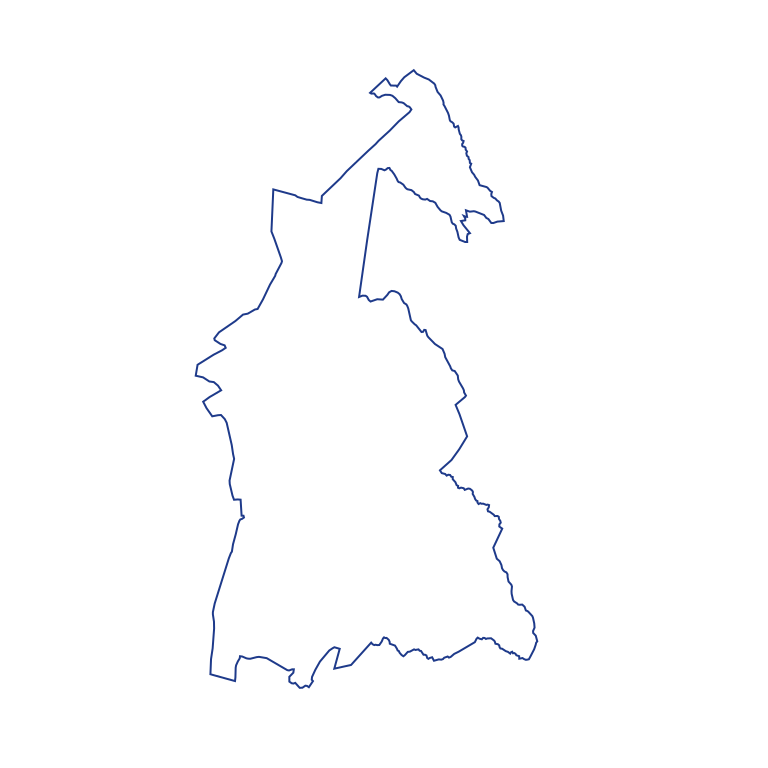 Lari, Central, Kenya (Equal Earth projection), rotated 8°
{"feature_id": "3690345B40431411925250", "entity_name": "Lari", "entity_type": "district", "adm_level": 2, "iso_a3": "KEN", "parent_name": "Kenya", "parent_adm1": "Central", "projection": "equal_earth", "projection_center": [36.685, -0.915], "detail": "fine", "context": "isolated", "style": "outline", "palette": "blue", "viewbox_px": 768, "rotation_deg": 8, "n_neighbors": 0, "source": "geoboundaries", "source_scale": "gbopen_adm2", "svg_char_len": 6135}
<svg xmlns="http://www.w3.org/2000/svg" viewBox="0 0 768 768"><g transform="rotate(8 384 384)"><path d="M444.1,164.2L441.7,162.1L438.9,157.4L439.7,153.7L438.3,153.1L437.7,150.4L436.5,149.3L436.1,147.5L434.3,146.4L433.4,144.0L433.9,142.2L432.3,140.6L431.8,138.6L430.7,137.9L429.3,137.9L428.3,137.2L428.0,135.5L428.8,134.1L429.0,132.3L427.5,131.9L426.5,130.9L426.2,128.4L425.6,127.0L424.3,125.7L422.6,121.7L422.1,119.5L421.3,118.2L418.8,120.0L417.6,119.3L416.7,116.5L415.1,115.3L413.3,114.6L412.4,113.4L411.0,109.3L409.7,106.7L405.3,100.4L404.0,98.9L403.9,97.4L403.1,95.2L399.9,90.4L396.4,87.3L393.7,82.6L393.2,81.0L392.0,79.6L386.0,76.2L381.1,75.0L373.2,72.2L369.8,69.1L361.4,77.4L358.6,81.7L355.6,87.7L354.5,86.8L349.3,87.5L348.1,86.4L345.1,82.7L343.1,81.1L329.7,97.6L331.0,98.2L333.6,97.7L334.7,98.4L336.1,100.0L338.2,101.1L339.7,100.8L341.9,98.9L345.0,97.4L349.7,96.9L352.2,97.4L355.4,99.4L359.3,102.8L362.4,102.7L364.3,103.1L368.4,105.7L369.8,105.7L371.1,106.4L372.9,108.3L371.4,111.3L362.1,121.8L354.4,132.3L344.8,143.9L342.3,147.6L336.2,154.9L317.5,178.4L312.3,186.3L296.3,206.4L296.8,213.5L292.8,213.3L284.8,212.0L281.8,212.2L276.8,211.5L272.3,210.8L269.9,209.5L247.3,206.7L251.3,248.6L255.1,255.3L264.2,272.9L265.9,276.6L265.6,278.5L261.4,290.2L261.2,292.0L257.3,301.4L252.4,317.0L248.4,327.3L245.8,328.2L239.3,333.3L234.7,334.9L228.1,342.3L213.4,355.8L209.6,362.5L210.3,364.2L216.5,367.1L220.8,367.9L222.2,370.2L218.9,373.2L211.2,378.7L196.7,390.9L196.4,402.0L203.9,402.6L210.7,405.8L215.2,405.8L219.8,408.7L223.6,412.9L213.1,421.2L207.4,426.7L211.6,432.6L218.4,439.9L224.0,438.0L226.9,437.4L231.2,440.9L233.6,444.3L241.7,465.6L244.3,474.4L246.0,479.0L244.5,501.1L245.2,504.6L249.5,515.6L251.6,519.5L255.1,518.7L258.1,518.5L261.3,534.2L263.2,534.0L263.9,535.7L262.1,537.4L260.6,538.1L259.9,539.4L259.0,543.2L258.1,553.4L256.8,563.7L256.7,571.2L255.9,572.8L254.6,578.3L246.9,624.9L246.3,633.7L246.6,635.9L248.7,643.0L249.8,649.8L251.1,669.6L251.0,680.5L252.5,695.6L277.8,698.9L277.7,695.3L276.6,685.5L276.7,683.1L277.9,679.0L279.3,675.8L279.3,673.6L281.6,673.6L285.9,674.8L287.7,674.9L289.8,674.7L295.9,672.2L298.2,671.6L306.0,671.8L328.0,680.8L329.8,680.9L332.8,679.3L334.4,679.1L334.4,682.5L331.0,687.1L331.7,691.9L334.3,693.2L336.1,693.2L337.7,692.3L342.8,696.6L345.5,696.1L348.1,693.7L349.8,693.7L351.8,694.7L355.0,688.1L353.6,686.9L353.5,684.1L355.8,676.5L359.2,667.8L366.9,655.5L369.9,652.8L371.5,651.6L377.0,652.4L374.4,672.8L390.5,666.8L407.3,641.9L408.9,643.3L410.7,643.9L411.8,643.4L413.8,643.5L415.7,643.1L417.6,639.3L418.4,636.2L419.3,634.9L420.5,635.4L421.9,635.1L424.3,636.7L425.4,638.4L425.9,640.4L431.3,641.5L433.6,644.3L434.6,646.0L435.9,646.4L436.8,647.9L439.1,649.9L441.1,650.9L442.3,649.7L444.8,646.0L446.9,645.4L450.7,642.6L452.1,643.0L455.1,642.0L456.4,643.2L457.8,643.2L460.8,646.6L462.3,646.4L463.8,646.9L464.9,649.3L466.2,650.0L467.3,649.0L469.7,647.9L472.0,651.1L476.6,649.1L479.1,649.0L480.7,648.2L481.7,646.7L485.0,645.0L486.4,645.9L488.0,645.0L491.1,641.5L495.2,638.7L509.9,627.0L511.1,623.4L512.1,622.1L514.0,622.9L516.4,623.2L517.5,621.6L519.0,621.5L520.4,622.3L521.7,621.6L525.4,620.9L528.5,622.6L529.5,623.5L530.5,625.7L532.9,625.8L534.4,626.7L535.2,628.7L536.1,629.7L537.8,629.7L541.8,631.6L544.0,632.0L546.5,633.4L547.1,632.0L548.2,631.3L549.2,632.7L550.4,632.3L551.8,632.9L552.8,634.2L555.7,634.7L556.2,637.2L559.3,636.1L560.9,636.9L562.9,637.4L564.6,636.9L565.8,636.4L566.9,633.5L569.6,625.8L570.5,621.2L570.7,619.0L571.6,617.5L569.3,612.1L566.4,609.8L566.0,607.9L567.0,604.3L566.1,600.2L564.1,594.8L563.2,593.2L558.7,589.5L557.7,588.9L556.0,588.5L554.2,585.0L551.6,583.2L548.7,583.8L547.4,583.7L546.3,582.7L543.0,581.2L541.8,579.8L539.6,574.0L539.1,571.4L538.9,566.7L538.0,565.0L534.8,562.3L533.3,558.1L532.8,555.2L531.4,553.5L529.4,552.9L527.8,551.7L526.5,550.0L525.5,547.0L523.2,543.4L520.0,541.3L515.0,530.9L521.2,510.8L518.0,509.1L517.8,506.9L518.9,505.1L518.2,503.3L516.7,501.7L516.1,499.5L514.8,498.9L512.0,499.4L510.9,498.2L506.4,495.8L504.7,495.6L503.9,493.6L504.9,491.6L504.9,489.3L503.5,489.0L502.2,489.5L498.9,488.7L497.2,489.0L495.9,488.6L494.4,489.7L493.1,488.4L492.8,486.9L491.4,486.5L490.1,485.0L489.3,483.3L487.1,480.5L487.1,478.6L486.3,477.4L485.1,476.6L483.6,475.8L481.9,475.8L478.7,477.6L477.4,476.1L474.7,475.9L473.1,476.8L471.7,476.4L471.6,474.6L470.0,474.1L468.4,471.3L465.3,468.7L465.0,466.5L463.6,466.5L462.1,464.9L460.3,464.9L458.8,466.0L457.1,464.6L453.6,464.2L451.4,461.7L461.4,449.9L467.6,438.1L473.6,424.3L463.0,403.5L457.8,394.7L466.0,385.6L466.8,384.1L464.5,381.2L464.0,379.2L462.9,377.4L457.9,371.1L456.8,369.0L455.9,365.4L452.2,361.3L449.7,361.0L448.0,359.1L447.1,357.3L440.9,348.9L439.8,345.7L437.1,341.2L428.9,337.3L421.4,331.5L420.1,330.1L417.7,324.8L416.3,324.8L415.4,326.9L413.9,327.3L407.7,321.4L406.1,320.6L402.7,318.1L401.7,317.0L397.5,305.8L396.2,303.5L395.1,302.1L392.6,301.0L389.7,297.4L388.5,294.8L387.0,292.9L384.9,291.6L381.4,290.7L378.5,290.8L376.3,292.5L374.9,295.3L371.2,300.6L365.5,301.0L359.2,304.2L357.2,302.9L355.1,300.0L353.5,299.2L350.4,299.5L347.2,301.3L347.3,243.6L348.0,176.1L348.5,171.7L351.4,171.4L354.7,172.3L356.1,171.4L357.6,169.7L359.3,169.3L360.7,171.3L361.9,171.8L365.0,175.0L368.0,178.9L369.2,180.9L370.3,182.0L372.0,182.2L375.4,183.9L377.8,186.5L379.0,187.4L380.1,187.9L384.2,188.2L386.9,189.8L388.3,191.5L392.4,192.6L393.7,194.4L395.1,195.3L396.8,195.7L399.3,195.6L400.9,194.7L404.2,196.4L406.9,196.3L409.6,197.4L412.4,201.1L415.7,204.1L417.2,205.0L421.8,205.9L425.3,207.3L426.5,208.9L428.6,214.4L429.8,215.7L431.4,216.1L433.0,217.3L433.8,220.0L435.5,223.1L437.5,228.5L438.9,230.7L444.6,232.1L446.6,231.8L445.7,226.6L446.0,223.9L448.1,222.7L440.6,215.7L437.5,211.9L441.7,210.6L441.4,208.7L439.7,206.5L441.5,207.0L443.0,206.9L441.0,200.6L445.0,201.4L448.9,200.4L450.5,200.5L459.6,202.7L462.2,205.3L464.4,206.1L467.8,209.6L469.8,209.4L473.7,207.4L479.9,206.0L478.5,200.7L475.9,196.0L473.4,188.6L472.1,187.3L470.4,186.5L468.4,184.8L466.8,184.4L464.3,183.0L463.8,180.9L464.2,178.8L462.3,178.0L459.2,175.2L458.1,174.7L451.0,173.8L448.7,169.4L445.5,166.2L444.1,164.2Z" fill="none" stroke="#1e3a8a" stroke-width="2"/></g></svg>